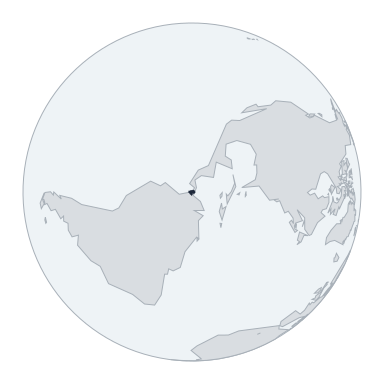 the Earth from above Darién, rotated 92°
{"feature_id": "PAN-1418", "entity_name": "Darién", "entity_type": "Province", "adm_level": 1, "iso_a3": "PAN", "parent_name": "Panama", "parent_adm1": "", "projection": "orthographic", "projection_center": [-78.04, 8.154], "detail": "fine", "context": "on_globe", "style": "filled", "palette": "slate", "viewbox_px": 384, "rotation_deg": 92, "n_neighbors": 0, "source": "natural_earth", "source_scale": "10m", "svg_char_len": 9438}
<svg xmlns="http://www.w3.org/2000/svg" viewBox="0 0 384 384"><g transform="rotate(92 192 192)"><circle cx="192" cy="192" r="169" fill="#eef3f6" stroke="#a8b0b8"/><path d="M191.6,191.5L187.6,189.7L183.7,194.7L169.9,186.5L165.0,176.5L123.0,160.0L118.8,154.9L118.9,146.8L106.1,120.2L111.1,145.0L105.9,140.0L102.0,131.1L104.5,129.0L102.4,116.3L97.9,111.5L98.8,96.4L110.1,78.3L111.3,81.1L113.9,76.9L112.5,73.4L111.0,72.2L118.0,57.0L115.2,50.0L108.9,51.9L114.5,48.8L98.8,55.6L93.8,56.8L102.9,53.1L106.4,51.1L104.6,50.5L107.9,48.3L108.9,47.0L112.9,44.7L117.9,43.3L120.6,42.0L119.2,41.7L122.4,39.6L124.0,40.1L129.7,36.7L139.1,35.0L140.2,40.5L148.7,39.5L158.7,45.5L161.1,43.8L166.5,45.7L171.3,44.5L171.8,46.5L175.2,44.0L173.8,42.5L174.9,41.0L177.6,40.4L178.7,42.5L177.5,43.2L179.2,43.5L178.6,45.0L180.4,43.9L181.4,47.0L184.4,43.1L188.6,44.9L188.2,47.2L183.0,48.0L169.1,57.1L167.0,60.6L169.4,64.2L184.9,68.4L184.8,72.2L188.5,76.6L191.0,73.8L188.9,69.4L194.4,65.7L191.3,61.3L193.0,59.4L191.9,55.0L197.7,54.8L204.0,57.1L205.3,60.9L208.1,62.3L211.5,58.2L218.2,65.5L230.3,71.2L231.4,73.5L225.4,78.0L213.8,78.5L206.0,86.3L216.8,80.6L219.4,87.3L222.3,88.4L225.4,87.9L226.7,85.2L228.8,87.7L218.9,93.7L216.8,91.6L220.0,89.5L214.5,90.1L207.9,95.1L209.7,98.6L197.7,104.1L198.9,106.9L196.9,109.9L195.9,105.0L197.5,114.2L183.7,125.2L185.8,142.4L177.5,129.2L170.8,127.8L162.7,128.3L162.9,131.0L152.0,129.1L142.3,135.2L139.0,149.0L143.0,159.6L155.0,160.0L158.6,153.9L167.4,152.6L161.3,168.8L176.7,171.0L175.3,183.2L179.9,189.5L187.5,187.7L195.5,190.6L201.1,183.3L210.1,179.2L210.4,189.1L215.3,180.0L220.4,184.6L238.2,183.5L236.9,185.8L251.9,196.9L267.8,201.1L271.5,208.1L269.6,212.6L275.0,213.6L275.1,216.5L296.0,219.2L306.3,225.4L305.6,235.5L296.4,247.8L286.5,272.2L269.5,281.1L264.2,290.6L249.2,304.5L239.1,304.0L241.0,310.3L234.5,314.3L227.6,314.8L225.6,319.2L220.5,319.5L223.3,322.2L214.1,327.9L215.6,332.2L208.5,336.5L209.7,338.8L207.4,338.8L204.8,339.7L204.2,341.1L197.6,338.9L196.7,333.4L199.9,330.5L196.8,330.1L203.6,322.4L200.0,324.0L202.5,312.1L208.4,301.8L213.8,270.9L210.5,264.6L197.8,257.5L182.6,233.7L186.9,223.7L183.5,219.0L194.7,204.7L191.6,191.5ZM35.9,142.6L37.1,138.8L37.0,141.3L35.9,142.6ZM37.4,136.5L37.1,137.8L37.3,136.7L37.4,136.5ZM37.3,135.6L37.4,136.2L37.1,136.0L37.3,135.6ZM36.9,135.1L37.2,135.2L37.1,135.3L36.9,135.1ZM185.0,148.4L202.7,156.4L192.8,157.7L194.6,156.1L190.1,152.7L181.8,149.7L173.1,151.7L185.0,148.4ZM37.0,133.0L37.0,132.4L37.4,132.1L37.0,133.0ZM192.6,138.6L189.5,138.0L192.5,137.9L192.6,138.6ZM109.8,72.1L112.1,73.6L112.2,77.9L109.8,76.7L109.8,72.1ZM110.2,65.0L112.2,64.8L109.1,68.7L108.9,67.6L110.2,65.0ZM103.6,54.0L104.9,54.3L102.5,54.8L103.6,54.0ZM108.3,47.2L106.9,47.9L108.1,47.0L108.3,47.2ZM188.8,55.5L190.3,55.3L189.7,56.2L188.8,55.5ZM186.8,54.0L185.1,55.3L183.9,54.7L185.0,54.0L186.8,54.0ZM115.3,42.7L117.5,41.3L116.1,42.5L115.3,42.7ZM189.3,52.6L182.0,53.7L180.0,52.8L182.5,49.3L189.3,52.6ZM119.4,40.3L124.8,37.3L122.1,38.3L132.7,34.1L124.6,37.8L123.3,38.9L122.0,39.1L119.4,40.3ZM172.2,42.3L173.8,43.9L170.0,43.3L172.2,42.3ZM169.5,42.3L156.3,43.5L155.3,41.2L159.9,41.1L156.7,39.0L162.7,37.3L165.9,38.1L165.3,39.8L168.0,37.9L169.5,42.3ZM137.6,32.5L139.7,31.8L138.5,32.3L137.6,32.5ZM175.0,40.4L172.4,40.7L171.4,38.6L176.4,37.7L175.1,38.7L175.0,40.4ZM152.9,39.5L153.0,38.1L157.9,36.2L158.6,35.4L162.8,37.1L152.9,39.5ZM176.7,38.8L178.9,37.4L181.9,37.8L177.4,40.0L176.7,38.8ZM169.0,38.6L168.8,37.6L170.5,37.8L169.0,38.6ZM193.6,39.3L190.5,39.3L189.7,38.2L193.6,39.3ZM179.5,36.9L178.5,36.7L177.9,36.4L179.9,35.7L179.5,36.9ZM165.9,35.8L168.0,35.4L164.5,35.0L168.0,33.8L170.2,35.2L170.7,34.2L171.8,33.8L172.3,35.4L165.9,35.8ZM180.0,34.0L183.9,35.8L189.8,35.8L190.6,36.7L181.0,36.6L180.0,34.0ZM175.4,34.6L178.4,34.4L178.0,35.5L175.7,36.3L175.4,34.6ZM169.7,32.7L163.7,34.0L163.4,33.7L169.7,32.7ZM181.8,33.7L180.8,33.3L182.2,33.6L181.8,33.7ZM173.5,32.6L171.4,33.1L171.2,32.7L173.5,32.6ZM180.5,32.2L181.8,32.7L180.3,33.3L180.5,32.2ZM177.4,32.2L177.5,31.6L179.0,33.1L176.5,32.5L177.4,32.2ZM173.6,32.2L172.8,32.1L174.5,32.1L173.6,32.2ZM185.6,30.2L187.8,32.0L184.4,33.0L182.8,31.1L185.6,30.2ZM208.4,343.4L198.0,339.7L204.0,341.4L208.8,339.3L213.9,342.0L208.4,343.4ZM222.2,337.7L227.4,336.3L228.4,337.0L225.1,338.1L222.2,337.7ZM316.8,78.1L309.9,71.9L313.3,75.4L320.3,82.0L320.1,81.9L324.8,87.7L321.1,83.3L312.6,76.0L313.9,80.5L323.4,96.8L322.6,99.6L318.3,98.5L307.0,84.3L310.2,79.7L306.3,75.4L298.9,70.9L300.5,70.2L297.9,68.0L298.5,66.5L292.7,60.1L292.2,58.5L283.6,52.3L282.2,50.9L287.7,54.8L291.3,56.9L289.4,54.1L287.2,52.5L281.7,48.9L281.9,48.9L276.8,45.9L274.8,44.7L286.3,51.8L297.1,59.7L307.3,68.5L316.8,78.1ZM273.0,43.7L273.5,44.2L267.1,40.9L261.2,37.9L259.2,37.2L269.0,42.2L272.7,44.2L275.7,45.6L286.0,52.3L288.0,54.2L277.8,48.3L279.5,50.6L270.8,45.7L249.8,34.0L244.3,31.5L246.4,32.0L259.9,37.3L273.0,43.7ZM135.4,32.8L135.6,32.7L138.5,31.7L132.7,34.1L122.1,38.3L121.9,38.3L115.4,41.5L115.6,41.3L135.4,32.8ZM360.3,207.4L360.7,196.6L360.6,183.9L360.1,179.5L359.6,182.1L358.5,176.9L357.8,177.6L350.4,187.4L345.6,181.6L334.1,160.9L333.7,150.7L329.2,140.4L322.5,100.2L325.9,100.4L326.2,91.3L327.1,91.9L332.4,99.6L336.0,103.6L341.9,114.0L347.1,124.9L351.5,136.2L355.0,147.7L357.8,159.4L359.7,171.3L360.7,183.3L360.9,195.4L360.3,207.4ZM330.5,118.7L332.0,121.8L330.5,118.7ZM238.8,183.4L240.9,185.2L238.1,185.4L238.8,183.4ZM191.5,161.8L195.2,161.9L197.2,163.4L194.3,164.0L191.5,161.8ZM222.4,161.2L226.6,161.9L222.3,162.9L222.4,161.2ZM205.4,157.5L219.0,161.0L210.6,164.1L202.0,162.1L207.9,161.1L205.4,157.5ZM191.0,144.2L193.3,144.9L192.7,146.7L191.0,144.2ZM194.7,138.6L193.8,138.7L192.7,137.3L194.7,138.6ZM220.0,86.9L220.8,86.5L224.1,86.7L222.7,87.8L220.0,86.9ZM238.0,81.2L241.0,85.3L237.8,82.9L236.5,85.0L228.2,83.1L231.6,74.6L231.5,78.6L238.0,81.2ZM218.1,78.9L222.9,80.6L217.5,79.1L218.1,78.9ZM283.0,59.4L285.4,60.0L288.4,62.6L288.9,66.1L284.6,62.1L283.0,59.4ZM288.0,60.3L277.7,54.3L277.0,52.4L279.1,54.4L279.7,53.7L283.3,56.9L292.7,61.5L295.9,64.2L295.1,68.3L293.6,65.2L291.4,64.6L288.0,60.3ZM252.7,46.9L248.2,45.5L252.4,42.9L256.1,44.6L256.9,47.8L253.0,47.7L252.7,46.9ZM195.2,46.7L193.2,47.3L192.9,46.5L194.3,45.5L195.2,46.7ZM192.2,39.4L203.5,44.0L201.8,44.7L210.5,47.2L209.4,50.2L203.8,48.4L209.5,52.9L204.0,52.5L208.4,55.5L196.0,51.1L191.3,51.2L197.0,49.8L198.1,46.9L197.2,45.8L191.1,42.8L181.5,42.3L181.1,39.9L183.4,38.3L185.6,38.0L185.2,39.6L188.5,38.1L189.5,40.3L192.2,39.4ZM210.0,27.7L208.5,28.5L215.3,28.2L216.4,29.4L217.2,29.3L220.1,30.4L224.8,31.8L224.5,32.4L226.5,32.7L228.5,33.6L231.1,34.4L231.5,35.8L234.7,36.9L233.1,37.0L238.5,38.6L234.7,38.1L236.8,39.6L239.4,39.3L235.4,47.7L236.7,52.4L239.9,56.8L232.9,56.0L225.4,51.7L218.7,46.3L218.5,42.2L215.3,42.9L214.3,41.2L217.2,41.4L212.1,40.2L212.0,39.0L206.1,35.7L198.7,35.4L196.4,34.4L199.2,33.9L194.9,33.3L198.6,31.9L197.0,31.3L199.1,29.5L205.5,29.4L203.3,28.8L204.7,27.7L210.0,27.7ZM186.4,29.7L193.8,28.7L198.0,29.1L192.6,32.1L193.6,32.9L190.2,35.3L184.2,34.9L185.7,34.2L185.7,33.4L187.6,33.8L186.1,32.9L188.2,32.0L187.6,31.2L190.1,31.0L186.4,29.7ZM324.9,88.5L325.0,88.4L324.5,87.3L327.4,91.2L324.9,88.5ZM319.3,83.6L319.0,82.7L322.9,87.1L322.7,87.5L319.3,83.6ZM315.4,78.7L318.6,82.3L316.8,80.6L315.4,78.7ZM287.0,54.0L286.2,53.1L287.4,53.8L289.4,55.3L287.0,54.0ZM230.4,28.7L228.9,28.6L227.9,28.3L222.3,27.6L221.1,26.9L223.9,27.1L230.4,28.7ZM228.1,27.8L226.0,27.5L226.7,27.4L228.1,27.8ZM219.9,26.4L220.1,26.2L220.3,26.8L219.9,26.4ZM213.1,24.5L215.8,24.9L215.2,24.9L213.1,24.5ZM138.7,32.0L139.6,31.8L137.7,32.4L138.7,32.0Z" fill="#d9dde1" stroke="#a8b0b8" stroke-width="1"/><path d="M194.2,192.0L194.3,192.0L194.4,192.4L194.4,192.5L194.5,192.5L194.4,192.6L194.2,192.7L194.1,192.8L194.0,193.0L193.9,193.1L194.0,193.2L194.0,193.3L193.6,193.7L193.4,193.8L193.2,193.8L193.2,193.7L193.1,193.4L192.9,193.3L192.8,193.6L192.9,193.8L192.8,194.0L192.7,194.0L192.4,194.7L192.1,194.5L192.1,194.4L192.1,194.2L192.0,194.3L192.0,194.2L191.9,194.2L191.7,194.0L191.7,193.9L191.6,193.7L191.5,193.8L191.5,193.7L191.4,193.5L191.3,193.4L191.3,193.2L191.2,193.0L191.2,192.9L191.0,192.7L190.9,192.6L190.9,192.4L190.9,192.2L191.0,192.2L191.0,192.3L191.1,192.2L191.2,192.3L191.3,192.2L191.4,191.9L191.3,191.7L191.2,191.7L191.3,191.7L191.5,191.7L191.6,191.4L191.8,191.4L191.8,191.5L192.0,191.5L192.1,191.8L192.3,191.8L192.2,191.7L192.4,191.7L192.4,191.8L192.5,191.8L192.6,192.0L192.8,192.1L192.7,191.9L192.5,191.7L192.4,191.7L192.2,191.7L191.9,191.3L192.0,191.2L191.9,191.2L191.9,190.9L191.7,190.8L191.8,190.9L191.8,191.0L191.7,191.1L191.6,191.3L191.4,191.3L191.4,191.2L191.5,191.2L191.5,190.9L191.4,190.9L191.5,190.9L191.5,191.0L191.4,191.1L191.5,191.1L191.4,191.2L191.2,191.1L191.0,190.9L190.9,190.9L191.0,191.1L191.1,191.3L191.0,191.5L191.0,191.4L190.9,191.4L190.9,191.1L190.8,190.9L190.8,190.7L190.9,190.4L190.8,190.2L191.0,190.0L191.3,190.0L191.3,189.9L191.5,189.9L191.8,189.7L191.9,189.4L192.0,189.3L192.3,189.4L192.4,189.5L192.5,189.7L192.6,189.8L192.8,189.9L193.0,190.1L192.9,190.2L192.7,190.3L192.5,190.5L192.4,190.6L192.4,190.8L192.5,190.8L192.5,191.0L192.6,191.3L192.7,191.5L192.8,191.5L193.0,191.7L193.1,191.8L193.3,192.0L193.5,192.2L193.8,192.1L194.2,192.0ZM191.9,192.7L191.8,192.4L191.7,192.4L191.6,192.2L191.5,192.3L191.5,192.5L191.4,192.5L191.2,192.6L191.1,192.8L191.3,193.0L191.5,193.4L191.8,193.4L191.8,193.5L192.0,193.7L192.3,193.6L192.2,193.2L192.3,193.2L192.2,193.1L192.2,192.9L192.1,192.7L191.9,192.7L191.9,192.7Z" fill="#64748b" stroke="#1e293b" stroke-width="1.5"/></g></svg>